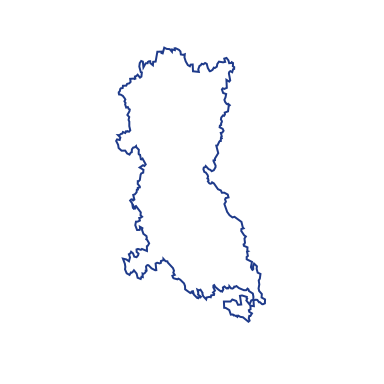 Ballybay-Clones Lea-5, Monaghan, Ireland, rotated 243°
{"feature_id": "5873133B63636578816304", "entity_name": "Ballybay-Clones Lea-5", "entity_type": "district", "adm_level": 2, "iso_a3": "IRL", "parent_name": "Ireland", "parent_adm1": "Monaghan", "projection": "equal_earth", "projection_center": [-7.062, 54.133], "detail": "fine", "context": "isolated", "style": "outline", "palette": "blue", "viewbox_px": 384, "rotation_deg": 243, "n_neighbors": 0, "source": "geoboundaries", "source_scale": "gbopen_adm2", "svg_char_len": 6047}
<svg xmlns="http://www.w3.org/2000/svg" viewBox="0 0 384 384"><g transform="rotate(243 192 192)"><path d="M318.0,178.7L316.1,177.4L316.7,175.6L316.4,174.9L314.5,173.3L314.1,172.0L313.0,171.5L312.0,171.3L311.2,172.6L309.1,174.0L306.2,174.5L304.7,174.6L303.5,173.0L301.5,173.2L300.5,172.2L297.1,171.7L296.8,173.4L294.9,173.3L293.8,174.0L292.4,173.0L290.0,169.4L287.3,170.1L285.0,168.2L283.2,168.1L279.1,166.0L275.0,165.0L274.3,163.2L275.6,162.0L275.3,161.4L276.0,160.7L274.9,159.3L276.8,157.7L275.7,156.4L276.0,155.2L275.6,153.2L276.3,151.9L273.1,152.9L271.2,151.2L272.9,149.1L271.9,147.6L267.6,147.6L264.5,146.6L260.8,148.0L259.2,151.3L255.8,151.7L253.7,153.3L254.9,155.3L254.8,156.4L257.3,157.8L258.3,159.8L257.8,161.3L258.3,163.0L257.3,162.7L253.8,163.8L250.7,162.0L249.7,161.7L248.7,162.6L244.4,161.3L243.9,161.9L244.2,163.1L237.6,163.3L236.8,161.4L238.1,160.5L237.6,156.5L233.8,158.8L231.4,157.3L231.6,155.3L230.8,154.1L226.4,151.0L225.8,149.2L226.2,148.6L223.8,147.3L220.6,148.0L219.8,147.6L220.3,145.6L218.8,145.0L219.1,143.9L216.9,142.5L215.9,140.1L216.1,138.3L211.4,137.2L211.2,135.7L212.5,135.4L213.0,134.6L212.5,133.0L209.0,133.5L205.8,132.5L206.2,133.3L203.5,132.6L203.1,133.8L204.9,134.8L204.9,135.7L197.1,137.1L194.7,135.6L192.6,136.3L192.4,134.5L192.8,133.2L190.2,132.6L190.3,130.1L191.0,128.6L188.2,126.4L183.1,125.8L182.0,128.1L183.0,129.2L184.7,129.8L182.3,131.4L181.1,130.3L176.8,129.7L173.4,131.4L171.6,130.9L170.7,129.8L169.8,130.3L165.7,130.5L164.2,128.3L164.2,127.2L159.9,125.1L164.0,121.5L163.7,120.2L165.8,118.0L166.0,116.5L163.7,115.5L161.4,116.4L160.1,115.3L159.1,113.0L160.6,111.2L164.1,111.6L166.4,110.6L165.3,109.2L165.2,107.5L161.9,107.1L158.9,104.4L161.8,102.8L164.0,100.2L158.5,99.6L155.5,98.6L153.5,97.2L149.2,96.9L146.5,98.7L148.0,101.0L147.5,101.4L147.6,102.7L148.6,104.7L144.4,105.6L140.3,104.6L137.8,106.8L139.4,108.5L138.5,109.5L141.7,110.9L141.1,111.3L141.2,113.0L142.2,115.2L142.9,115.2L142.7,115.9L146.3,117.1L146.9,118.0L147.1,119.1L146.5,120.0L142.3,121.3L139.0,123.7L138.6,124.7L144.8,127.1L144.8,128.8L143.1,130.7L143.0,132.1L144.6,133.0L144.2,135.6L145.4,136.2L142.4,137.0L141.4,138.6L140.2,138.4L132.8,140.5L130.0,140.2L128.6,138.7L126.0,139.0L126.3,136.5L124.3,136.2L123.3,136.6L120.8,139.4L121.0,140.5L119.2,141.7L114.2,143.4L111.4,143.1L108.4,141.7L102.8,144.6L103.1,145.6L102.2,146.2L103.4,146.9L103.2,147.8L99.7,147.1L95.3,148.5L94.7,149.2L95.4,149.6L94.2,151.6L94.7,152.4L97.9,150.8L99.2,151.8L102.6,152.5L101.2,153.5L101.1,155.2L97.2,155.6L96.5,155.0L93.9,154.7L89.9,155.9L91.4,157.1L90.7,159.8L89.7,160.9L91.2,162.2L90.3,164.9L91.3,165.6L92.9,165.1L93.7,167.7L97.3,167.7L98.9,168.6L99.0,169.5L96.7,169.7L92.7,171.4L90.4,172.6L90.5,173.2L89.6,173.7L90.9,175.6L92.9,176.2L93.1,178.0L90.3,179.1L89.8,180.3L90.3,180.5L90.0,181.9L91.0,182.5L88.5,183.0L87.6,184.2L87.6,185.4L88.5,186.7L88.0,187.3L88.0,188.9L85.1,190.2L80.9,193.7L79.9,195.8L80.7,197.6L79.6,198.1L77.9,197.8L73.9,200.1L70.9,199.2L68.3,197.8L68.5,195.6L65.7,192.2L70.7,191.2L72.0,192.8L72.7,192.5L73.6,193.2L77.1,189.6L77.7,187.6L69.4,184.8L70.6,181.8L74.9,181.9L77.9,179.1L76.9,176.6L79.9,170.7L74.2,168.1L73.4,169.4L69.9,171.6L65.1,170.9L64.4,172.7L63.3,173.0L63.4,173.4L61.3,175.0L61.4,175.5L60.2,175.8L60.9,177.0L58.8,178.4L57.3,180.5L50.8,183.4L51.2,184.9L53.8,185.3L55.6,186.8L55.0,187.7L56.6,190.3L59.3,188.6L60.9,189.0L60.9,190.9L64.2,192.5L62.2,195.3L67.4,197.5L67.1,199.9L66.2,201.2L63.3,201.7L63.1,202.4L60.3,203.5L59.8,204.2L59.7,206.4L63.1,208.3L66.4,206.1L69.4,207.9L73.2,206.9L75.8,207.5L79.1,210.0L82.9,211.3L84.0,213.1L87.9,215.8L90.3,213.9L94.2,214.7L96.3,216.1L100.0,214.8L97.7,212.5L95.5,211.6L95.1,210.6L95.7,210.3L98.3,210.4L102.5,213.7L107.2,210.2L109.3,211.2L109.7,212.8L113.8,213.9L113.8,214.8L114.2,214.4L117.5,216.3L120.5,213.8L121.9,214.2L122.0,215.3L122.8,216.2L126.7,217.6L127.9,219.8L129.8,218.8L134.9,218.2L136.6,219.2L136.2,221.5L137.5,221.2L142.9,222.5L150.6,218.6L151.0,216.5L154.3,214.9L158.3,214.3L166.6,215.4L168.0,217.8L170.4,218.1L171.3,219.3L170.6,222.1L173.5,222.7L176.7,220.5L177.8,218.3L180.3,218.4L182.7,216.4L189.8,215.4L191.5,214.3L190.8,213.4L191.1,212.0L192.1,211.3L194.3,211.0L194.7,211.9L196.5,212.4L197.1,211.9L198.6,213.4L200.3,213.6L203.1,213.1L204.3,212.1L207.1,212.5L208.4,213.6L208.2,215.1L208.9,216.0L204.8,217.2L203.4,218.4L201.6,219.0L201.5,221.3L203.4,224.2L204.8,225.0L209.8,225.2L210.4,225.5L209.9,226.9L211.4,227.6L214.7,233.0L222.3,234.7L221.9,235.8L224.5,239.2L224.8,240.1L224.4,240.8L226.8,242.2L226.5,242.9L227.8,243.0L228.1,243.8L231.6,244.5L231.2,246.0L232.2,247.9L234.4,248.0L237.1,246.0L238.5,247.0L238.5,248.4L240.0,249.1L240.6,250.1L241.5,250.8L243.5,250.7L245.1,251.9L246.2,254.5L245.3,255.1L245.5,255.5L246.2,256.6L247.9,257.2L247.5,260.7L251.9,263.7L252.2,265.0L254.2,264.2L254.1,263.3L254.9,262.8L257.2,262.4L259.4,262.7L261.2,264.9L263.8,266.9L266.1,264.7L269.8,265.2L270.4,266.5L269.2,267.5L269.0,270.3L276.3,273.6L273.5,275.3L274.1,276.7L280.9,278.7L281.9,279.5L282.3,281.0L280.5,282.2L282.7,284.3L282.5,285.4L284.1,286.3L285.5,285.5L288.3,287.1L289.6,286.3L289.1,285.6L289.9,283.6L292.7,284.2L295.8,283.6L296.2,281.3L292.9,280.6L293.4,278.6L295.9,275.2L294.6,272.7L292.4,271.0L292.1,268.6L292.9,267.9L291.5,265.7L291.3,263.3L291.6,262.6L295.3,262.4L299.5,263.3L301.0,262.2L300.6,260.1L301.8,258.9L300.9,257.1L301.0,256.0L298.5,253.3L295.9,252.6L299.1,247.7L305.3,250.5L306.1,248.6L305.0,247.2L307.0,245.9L311.3,245.7L315.4,246.4L318.0,248.1L318.2,246.4L319.6,244.5L322.5,245.5L324.6,244.9L327.6,242.6L327.9,241.8L326.2,241.1L328.0,239.0L326.1,237.8L329.4,237.0L331.0,234.4L333.2,232.8L328.8,228.8L329.7,227.9L330.9,228.6L332.7,224.8L324.7,218.8L325.6,216.5L322.7,214.7L325.7,213.4L327.5,214.1L328.0,213.1L327.9,211.7L326.9,210.9L327.7,209.1L325.1,205.3L330.5,207.4L331.8,206.2L330.6,204.0L327.7,202.0L322.1,200.8L321.3,201.6L317.8,199.3L317.5,197.6L321.2,196.8L320.6,195.2L320.8,193.6L318.7,193.0L318.8,192.0L319.5,191.6L320.9,188.3L318.0,187.3L317.3,185.5L317.8,183.3L316.6,181.7L318.0,178.7Z" fill="none" stroke="#1e3a8a" stroke-width="2"/></g></svg>